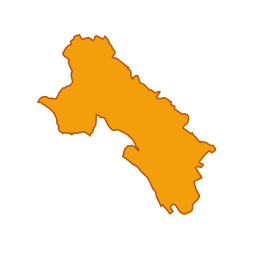 Mit Ghamr, Ad Daqahliyah, Egypt (Equal Earth projection), rotated 318°
{"feature_id": "37247803B25153322962327", "entity_name": "Mit Ghamr", "entity_type": "district", "adm_level": 2, "iso_a3": "EGY", "parent_name": "Egypt", "parent_adm1": "Ad Daqahliyah", "projection": "equal_earth", "projection_center": [31.277, 30.708], "detail": "fine", "context": "isolated", "style": "filled", "palette": "amber", "viewbox_px": 256, "rotation_deg": 318, "n_neighbors": 0, "source": "geoboundaries", "source_scale": "gbopen_adm2", "svg_char_len": 5662}
<svg xmlns="http://www.w3.org/2000/svg" viewBox="0 0 256 256"><g transform="rotate(318 128 128)"><path d="M78.4,48.6L79.0,49.3L79.6,50.0L80.0,50.6L80.4,51.2L80.5,51.3L80.6,51.2L80.8,51.4L80.8,51.7L80.8,52.2L80.7,52.8L80.6,53.0L80.5,53.4L80.9,54.0L81.2,54.6L81.8,56.7L81.7,57.1L81.7,57.3L81.7,57.6L81.8,57.9L82.1,58.4L82.3,58.9L82.5,59.4L82.6,60.1L82.8,62.2L82.9,64.4L82.9,64.7L82.9,67.6L82.6,69.4L82.3,69.7L82.2,69.9L82.1,70.1L82.1,70.4L82.1,70.8L82.1,71.0L82.0,71.3L81.8,71.4L81.5,72.5L81.0,73.7L80.9,73.8L80.7,74.0L80.3,74.2L80.3,74.5L80.2,74.9L80.1,75.3L79.9,75.7L79.4,75.9L79.2,76.1L78.8,76.4L78.5,76.8L78.3,77.0L78.2,77.3L78.1,77.7L78.0,78.0L78.0,78.4L78.0,78.7L77.6,81.0L77.1,81.0L76.8,81.1L76.6,81.2L76.2,81.5L75.8,82.2L75.6,82.6L75.4,83.1L75.3,83.8L75.2,84.5L75.2,85.2L75.3,86.0L75.4,86.6L75.9,87.8L76.3,88.7L76.5,88.7L77.1,88.8L77.4,88.9L77.6,89.2L77.9,89.4L78.3,89.7L78.7,90.1L79.0,90.3L79.3,90.8L79.6,91.2L80.5,92.2L81.1,93.0L81.6,93.2L81.8,93.5L81.7,93.9L82.1,94.2L82.2,94.5L81.9,94.7L81.9,94.3L81.8,94.1L81.7,94.1L81.4,94.1L81.4,94.3L81.4,94.5L81.5,94.7L81.5,94.8L82.1,95.2L82.6,95.6L82.9,95.6L83.2,95.6L83.5,95.5L83.9,95.2L84.5,95.6L85.1,96.1L85.7,96.7L86.2,97.5L89.3,99.3L91.2,100.3L91.5,100.5L92.0,100.8L92.6,101.4L92.9,101.7L93.3,103.0L93.8,104.2L94.1,105.5L94.3,106.3L94.7,107.9L94.7,108.3L97.2,107.0L97.8,107.6L99.5,107.0L101.8,105.5L106.2,104.1L113.5,96.8L114.6,100.0L114.6,101.2L115.1,102.4L116.6,103.6L117.1,104.5L117.1,105.7L115.0,112.7L114.8,117.8L115.5,119.9L116.6,120.5L117.6,121.4L118.3,121.7L119.1,122.2L119.6,123.1L120.4,124.3L120.6,125.5L121.1,126.4L121.1,127.0L123.1,132.1L123.4,134.7L123.4,136.2L123.6,137.4L123.6,140.6L123.1,142.7L122.6,145.1L121.8,146.8L121.6,148.9L121.6,151.0L121.3,151.3L120.8,151.7L120.5,150.0L120.6,148.9L120.6,146.6L120.1,145.5L119.7,144.2L118.8,143.2L117.7,143.0L117.0,142.1L115.8,141.2L114.7,141.2L113.2,141.5L111.7,141.4L111.2,142.0L108.6,143.2L107.9,144.2L105.0,145.5L105.0,146.0L105.1,146.3L105.2,146.9L105.4,147.4L105.7,147.9L105.7,148.4L105.8,148.7L105.9,148.9L106.2,149.4L106.3,149.8L106.3,150.1L106.2,150.6L106.3,150.6L106.5,151.4L106.7,152.7L107.0,154.6L107.1,155.4L107.1,156.2L107.2,156.8L107.2,157.3L107.3,157.9L107.6,158.8L107.6,159.0L107.7,159.3L107.9,159.5L108.0,159.6L108.3,160.0L108.4,160.5L108.6,161.3L108.8,162.4L108.9,163.2L108.9,163.7L108.9,166.2L108.9,166.5L108.8,167.0L108.6,167.5L108.5,167.9L108.6,168.9L108.8,170.3L108.9,172.3L109.1,173.9L109.2,176.3L109.3,177.1L109.2,178.0L108.9,179.4L108.7,180.4L108.5,181.2L108.3,182.4L108.0,183.1L107.7,184.1L107.3,184.6L107.1,185.2L107.0,185.6L106.9,186.0L106.9,186.5L106.9,186.8L106.4,188.0L105.8,189.7L105.9,192.9L105.4,194.1L104.8,195.5L104.5,196.1L104.1,196.6L103.7,197.3L103.4,197.9L103.3,198.3L103.0,198.7L102.8,199.2L102.6,199.8L102.5,200.3L102.4,200.9L102.4,201.5L102.1,201.8L101.9,202.0L101.7,202.4L101.6,202.7L101.6,203.0L101.6,203.6L101.7,203.9L101.7,204.1L101.6,204.3L101.5,204.5L101.2,205.0L100.9,205.9L100.8,206.2L100.8,206.5L100.8,206.8L100.5,207.4L100.2,208.3L102.4,208.4L102.2,211.7L102.2,216.3L101.8,219.8L102.7,219.9L103.3,220.1L105.4,220.2L105.9,219.1L105.9,217.5L106.2,215.6L108.2,214.6L110.1,215.0L110.9,215.2L111.7,216.9L110.6,224.4L110.6,225.5L111.2,227.4L111.8,229.2L113.1,230.3L114.7,230.7L117.1,231.5L118.2,231.8L120.1,232.0L121.6,231.3L122.3,230.7L122.8,230.3L123.9,228.9L125.1,228.2L125.8,228.0L127.6,227.9L131.2,227.8L133.9,227.3L135.7,226.2L136.7,222.3L137.6,218.8L138.9,216.5L139.7,214.3L141.7,211.9L149.4,214.4L150.4,211.0L150.2,210.8L151.5,202.8L153.5,202.8L156.0,206.1L158.2,206.1L159.2,205.8L159.5,204.9L158.2,203.1L158.2,201.0L159.5,200.5L160.8,200.3L162.5,200.0L164.8,199.8L168.4,199.3L172.5,199.3L173.2,199.1L173.3,200.6L173.7,202.2L175.6,202.9L177.7,202.9L178.3,202.7L178.4,202.2L178.8,202.0L179.0,201.5L179.5,198.6L179.3,197.4L178.2,196.6L177.6,196.2L176.4,191.4L173.6,187.1L172.2,187.2L172.0,185.3L172.1,179.2L172.0,176.9L171.8,175.1L172.4,174.6L170.9,174.2L169.9,168.8L169.1,166.3L169.1,164.6L170.8,164.1L172.6,163.9L174.3,164.3L177.5,163.0L178.8,162.2L180.0,160.6L180.4,160.0L180.8,159.1L180.8,157.7L179.6,155.1L177.5,154.0L177.3,153.6L175.4,145.0L175.7,144.7L177.1,143.3L176.9,142.0L175.9,140.5L175.6,138.9L177.7,137.7L176.9,136.2L176.9,134.8L176.1,131.4L175.5,130.0L173.4,128.9L171.1,127.2L169.9,126.2L170.0,123.9L171.9,123.8L174.1,123.2L176.0,122.4L175.2,121.3L174.2,121.2L171.5,120.0L170.9,115.5L169.3,114.0L169.1,107.0L168.0,103.8L167.1,102.8L170.2,95.5L169.0,94.5L166.7,94.1L165.2,94.7L164.1,94.5L165.6,90.3L167.0,89.4L168.0,87.4L168.2,85.8L167.6,83.4L168.9,83.4L168.5,81.6L167.8,78.4L166.9,73.1L166.3,69.2L163.7,65.3L164.4,64.6L164.9,64.3L165.6,64.2L166.4,64.2L167.4,64.3L169.1,62.7L169.7,61.9L169.5,58.7L170.1,57.7L170.6,56.0L170.7,55.4L170.7,55.1L170.5,53.7L171.2,51.9L171.4,51.5L171.7,51.0L171.9,50.1L172.2,48.9L172.3,48.6L172.2,44.4L171.5,44.8L171.0,44.8L169.8,45.1L169.0,45.1L168.0,43.0L167.7,41.8L166.5,38.8L164.9,37.9L164.2,38.5L163.1,39.1L161.6,39.7L161.4,39.7L160.8,39.4L160.3,38.8L160.1,38.2L159.6,35.8L159.1,34.3L156.5,32.8L155.0,32.5L154.2,31.9L153.2,30.7L153.7,28.3L154.2,27.2L154.0,26.0L149.3,24.0L148.9,24.5L147.6,25.3L145.6,25.6L144.8,25.0L143.5,25.3L142.6,26.1L142.0,27.6L141.8,27.9L140.7,27.9L139.7,27.0L135.6,27.0L132.8,27.6L131.6,28.5L130.5,28.4L129.0,29.6L128.7,32.0L129.3,33.8L130.0,35.5L129.5,38.5L128.0,38.8L126.9,41.1L124.4,48.5L121.1,50.6L120.6,51.7L118.5,55.3L117.2,57.0L112.6,57.6L111.1,56.4L110.1,55.8L109.6,56.1L108.1,56.1L106.8,54.9L104.0,54.9L102.4,55.7L100.7,55.4L98.1,56.9L94.5,58.1L93.5,57.7L92.8,56.9L91.5,55.1L89.2,53.3L88.4,50.6L87.9,49.7L86.7,48.8L84.9,47.6L83.1,47.3L81.4,47.5L78.4,48.6Z" fill="#f59e0b" stroke="#b45309" stroke-width="1.5"/></g></svg>